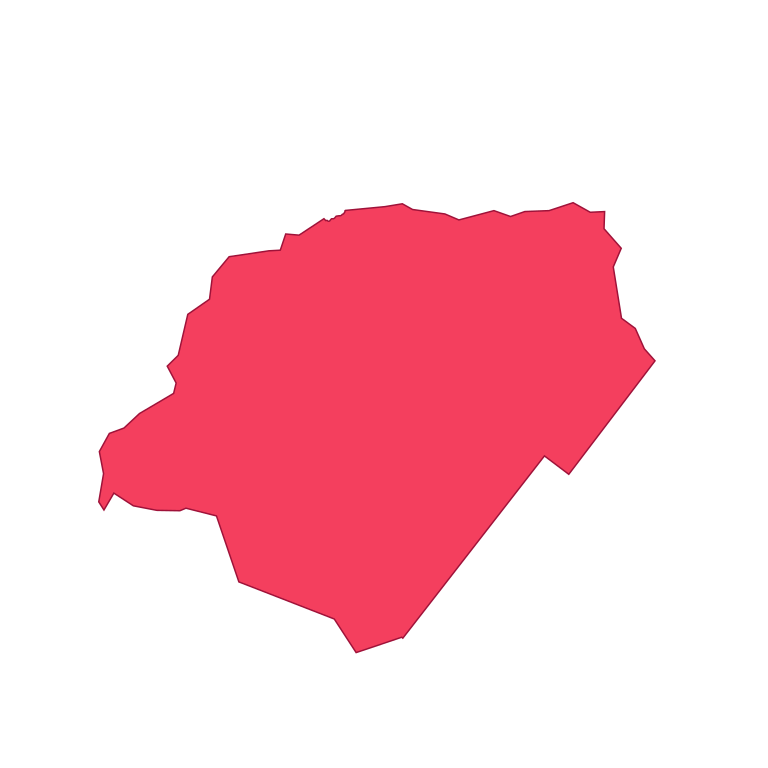 outline of Citrus, Florida, United States of America, rotated 308°
{"feature_id": "52423323B9967886911021", "entity_name": "Citrus", "entity_type": "district", "adm_level": 2, "iso_a3": "USA", "parent_name": "United States of America", "parent_adm1": "Florida", "projection": "mercator", "projection_center": [-82.446, 28.857], "detail": "fine", "context": "isolated", "style": "filled", "palette": "rose", "viewbox_px": 768, "rotation_deg": 308, "n_neighbors": 0, "source": "geoboundaries", "source_scale": "gbopen_adm2", "svg_char_len": 1035}
<svg xmlns="http://www.w3.org/2000/svg" viewBox="0 0 768 768"><g transform="rotate(308 384 384)"><path d="M112.3,240.9L131.7,238.3L133.7,261.5L144.6,282.8L158.5,301.2L164.2,304.4L176.9,333.2L138.7,391.5L168.2,489.5L155.2,527.4L195.4,553.9L195.3,555.3L344.0,554.9L426.1,554.7L426.6,585.2L569.1,583.3L572.0,567.5L582.5,547.8L582.0,530.7L617.4,492.6L637.0,487.4L641.8,461.8L655.7,451.7L646.3,440.8L643.3,421.4L622.2,407.3L606.6,388.8L593.9,380.6L588.3,363.9L559.4,342.0L555.5,327.3L539.1,299.1L537.3,287.5L524.3,275.5L497.0,246.7L496.5,246.6L495.6,247.2L493.1,247.4L492.1,246.7L490.6,246.6L489.7,246.0L488.8,244.9L486.8,243.0L484.2,242.9L483.2,242.5L482.0,241.0L481.0,240.8L479.0,240.8L478.4,240.5L477.9,239.8L477.9,238.4L476.9,237.5L477.3,234.9L449.0,225.4L441.7,214.2L425.6,219.9L418.1,211.3L389.0,183.6L362.7,182.8L343.4,194.3L318.1,186.5L279.9,204.2L264.6,202.2L256.8,219.6L247.1,224.0L210.2,209.5L189.2,206.2L176.0,198.0L155.5,201.3L140.7,218.2L115.5,231.8L112.3,240.9Z" fill="#f43f5e" stroke="#9f1239" stroke-width="1.5"/></g></svg>